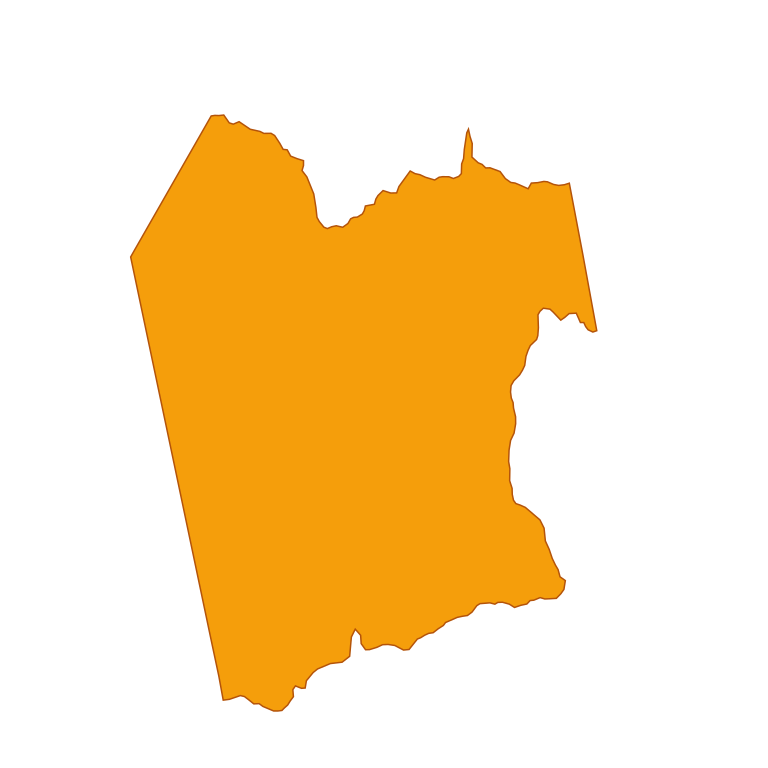 Sapucaia, Pará, Brazil, rotated 348°
{"feature_id": "56859067B89433863096601", "entity_name": "Sapucaia", "entity_type": "district", "adm_level": 2, "iso_a3": "BRA", "parent_name": "Brazil", "parent_adm1": "Pará", "projection": "equal_earth", "projection_center": [-49.504, -6.834], "detail": "fine", "context": "isolated", "style": "filled", "palette": "amber", "viewbox_px": 768, "rotation_deg": 348, "n_neighbors": 0, "source": "geoboundaries", "source_scale": "gbopen_adm2", "svg_char_len": 2672}
<svg xmlns="http://www.w3.org/2000/svg" viewBox="0 0 768 768"><g transform="rotate(348 384 384)"><path d="M162.6,207.1L161.7,593.9L161.7,605.2L161.7,635.4L161.0,659.8L167.2,660.3L178.7,658.9L182.5,660.7L185.8,664.5L190.1,669.8L195.4,670.7L198.5,674.2L208.1,680.9L212.5,681.8L216.3,682.1L219.3,680.1L223.0,678.0L226.4,674.5L230.4,671.0L231.3,664.0L234.6,660.9L240.0,664.5L243.7,665.0L246.4,658.1L254.7,651.5L259.8,648.9L273.4,646.3L285.2,647.4L293.8,643.2L297.5,631.1L299.5,624.7L304.9,617.8L308.9,624.9L307.7,633.2L310.7,640.1L314.6,640.8L322.3,640.1L328.4,638.7L333.8,639.6L340.2,642.0L347.8,648.3L353.3,648.9L363.6,640.4L367.1,639.8L371.5,638.2L375.9,637.2L380.4,637.5L386.1,634.7L391.9,632.5L394.6,630.1L407.2,627.5L412.6,627.5L417.5,627.8L422.7,625.4L428.7,620.1L432.2,618.8L442.1,620.1L446.7,622.4L449.9,621.3L454.5,622.1L460.8,625.4L465.2,629.7L471.9,628.9L478.0,628.9L481.9,626.2L485.6,626.6L492.3,625.4L496.6,627.7L501.4,628.5L508.0,629.5L513.4,625.9L517.3,622.3L520.5,614.0L516.1,609.2L515.7,601.8L514.0,596.7L512.3,589.6L511.2,580.1L509.2,571.1L510.6,558.3L508.3,549.4L496.6,534.1L492.1,530.8L488.1,528.4L486.5,524.6L486.5,518.7L487.6,512.7L486.8,504.7L489.5,493.0L489.8,485.7L492.6,474.6L496.1,465.5L501.0,459.1L504.5,450.3L505.9,443.4L505.7,434.5L506.4,429.0L505.6,424.2L506.1,418.1L508.0,411.9L511.7,407.8L518.5,403.3L522.3,399.3L525.5,395.1L528.6,386.5L531.9,381.0L535.1,376.8L542.5,372.2L544.5,368.7L546.7,361.2L549.0,348.3L551.7,345.3L555.6,343.0L561.9,345.3L564.4,348.8L570.2,358.3L574.9,356.3L579.7,353.6L586.8,354.7L588.9,364.7L592.2,365.4L593.2,369.8L594.9,373.4L599.1,376.6L603.2,376.1L605.4,298.9L607.0,226.1L601.9,226.6L596.2,226.1L591.4,224.1L585.9,220.2L582.5,219.1L576.2,219.0L569.9,218.1L565.6,223.0L557.5,217.1L554.0,214.7L549.9,213.2L545.4,208.3L541.7,200.3L532.7,194.6L528.4,193.8L525.6,189.6L522.1,187.2L517.2,180.3L520.3,167.1L519.6,159.7L519.6,152.3L517.2,155.5L511.3,171.3L508.7,180.1L505.7,184.9L503.4,194.3L500.2,196.5L494.6,197.4L490.6,194.8L484.4,193.4L480.9,193.2L476.0,195.0L467.7,190.5L462.6,186.7L458.1,184.7L453.9,181.1L439.7,193.9L436.1,199.7L430.3,198.6L423.3,194.6L417.3,198.4L414.5,201.4L412.0,206.2L402.8,206.0L400.7,210.3L398.2,213.2L392.6,215.2L388.9,214.7L385.7,215.5L382.1,219.5L376.2,222.1L370.2,219.3L365.5,219.3L360.9,220.2L357.8,218.1L354.5,211.7L353.1,207.1L354.1,197.2L354.8,183.5L351.6,165.4L348.2,158.2L350.7,153.5L351.7,148.8L345.8,145.5L340.1,141.7L338.0,134.8L334.1,133.5L332.2,127.2L328.7,118.2L325.6,115.3L318.6,113.9L315.1,111.1L306.1,107.0L296.8,97.3L290.6,98.5L286.9,96.4L283.2,87.6L278.3,87.1L274.4,86.1L270.7,85.9L166.1,203.1L162.6,207.1Z" fill="#f59e0b" stroke="#b45309" stroke-width="1.5"/></g></svg>